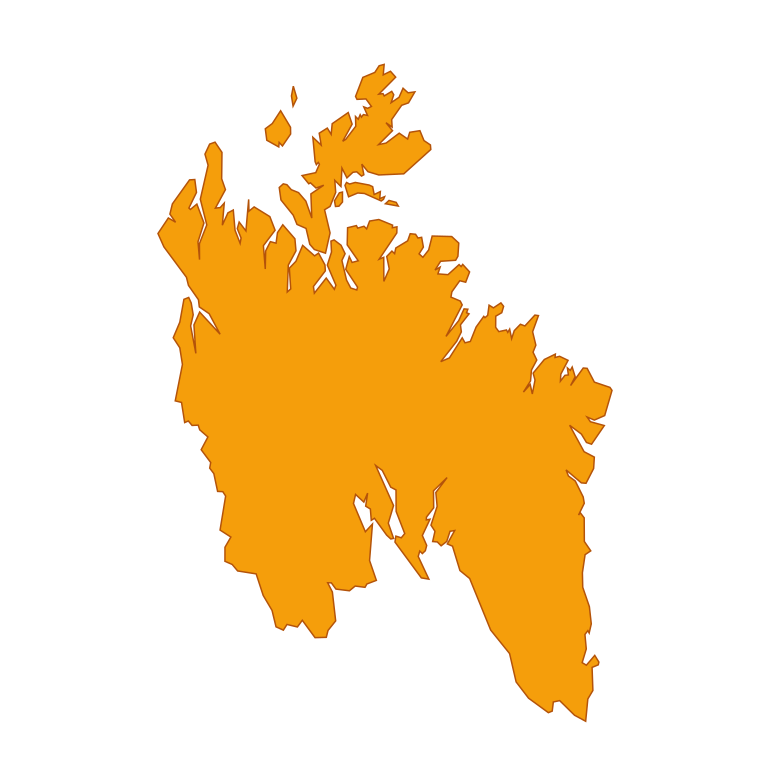 the border of Highland, rotated 95°
{"feature_id": "GBR-2745", "entity_name": "Highland", "entity_type": "Unitary District", "adm_level": 1, "iso_a3": "GBR", "parent_name": "United Kingdom", "parent_adm1": "", "projection": "natural_earth1", "projection_center": [-5.279, 57.587], "detail": "fine", "context": "isolated", "style": "filled", "palette": "amber", "viewbox_px": 768, "rotation_deg": 95, "n_neighbors": 0, "source": "natural_earth", "source_scale": "10m", "svg_char_len": 6158}
<svg xmlns="http://www.w3.org/2000/svg" viewBox="0 0 768 768"><g transform="rotate(95 384 384)"><path d="M317.1,590.7L314.8,586.1L320.1,583.1L331.7,580.1L343.0,581.7L369.9,574.1L341.7,578.5L328.4,573.9L348.7,551.6L329.2,564.3L323.3,574.7L316.2,576.2L302.8,587.4L294.9,590.1L266.6,615.2L253.8,622.3L237.4,613.3L241.0,605.7L233.4,612.1L223.0,610.5L197.6,595.5L196.8,590.3L209.5,587.5L225.7,593.7L227.0,592.1L221.1,586.1L239.3,577.4L258.5,581.7L276.2,578.6L260.3,580.1L241.0,574.4L215.9,583.1L181.4,578.3L170.6,582.4L160.2,578.6L157.8,573.4L167.4,565.6L193.7,563.6L204.2,558.9L223.5,567.3L222.5,562.5L217.7,558.9L239.9,558.9L227.1,554.4L223.8,549.3L243.8,545.8L256.4,539.6L251.0,539.1L242.0,543.7L235.3,542.4L243.5,534.9L211.9,534.9L223.6,533.6L218.9,528.8L227.2,512.3L240.3,505.9L256.7,516.2L279.8,512.3L261.8,513.5L252.1,509.6L253.1,503.8L242.5,503.3L234.2,498.7L247.1,485.4L259.0,483.3L273.9,489.7L300.8,488.4L297.4,485.2L276.9,488.4L269.4,482.4L253.0,477.1L262.4,464.3L259.3,460.6L270.5,453.2L276.4,452.3L293.0,462.8L299.6,461.3L283.5,450.8L294.0,441.7L289.8,440.5L270.5,450.8L257.1,447.8L246.3,449.3L244.8,446.3L249.5,438.9L257.6,434.1L264.6,436.7L283.7,430.4L291.3,425.5L292.7,419.3L289.8,418.8L273.1,432.1L260.1,429.7L265.7,426.4L263.5,420.4L248.6,432.8L231.5,433.9L228.6,425.3L231.0,423.8L228.6,417.7L231.0,414.8L222.9,412.5L220.6,403.5L225.0,389.3L227.6,389.3L226.3,384.8L232.4,384.4L260.1,399.7L257.8,395.3L281.8,393.1L268.9,388.8L256.7,392.4L250.9,387.7L253.2,384.8L247.5,384.1L239.3,372.9L232.0,371.0L232.1,365.6L235.6,362.9L234.6,359.3L244.2,356.7L251.3,360.4L254.4,356.3L246.6,351.2L232.4,348.9L231.2,329.4L237.1,321.8L250.3,321.5L254.5,323.4L256.8,338.3L266.0,343.1L262.7,338.3L269.6,339.9L269.5,329.8L258.5,319.6L260.3,317.4L258.0,316.0L264.9,308.5L275.5,311.5L274.5,317.5L286.2,324.4L291.6,324.9L294.7,315.3L298.4,313.0L331.2,326.4L314.4,315.1L302.2,310.8L302.2,307.0L305.8,308.0L306.7,305.4L318.4,313.0L325.3,311.5L335.1,315.3L356.8,329.4L352.3,321.1L331.2,310.1L335.9,306.9L334.1,301.7L319.2,297.2L307.9,290.5L309.1,289.2L306.6,286.7L296.3,286.2L298.6,281.6L293.0,274.6L296.2,271.6L302.7,272.9L306.7,278.6L317.8,277.7L321.8,274.2L319.5,266.7L321.8,265.2L318.4,263.6L327.7,260.8L319.5,258.9L312.6,253.3L313.9,248.7L302.2,239.7L302.4,236.1L319.0,240.5L332.1,236.1L339.3,238.3L346.8,233.9L357.2,238.3L368.2,238.3L379.9,244.4L371.7,238.3L381.0,235.4L366.9,233.9L360.2,236.4L345.6,226.4L339.3,215.9L342.7,215.9L341.1,211.5L344.4,202.7L358.8,208.7L365.8,208.5L359.6,204.5L358.9,201.1L352.0,202.7L354.2,199.6L350.7,198.0L360.1,194.2L369.3,198.0L350.7,186.9L350.7,183.0L363.8,174.6L367.7,158.6L370.5,156.3L396.2,161.4L401.6,171.3L399.2,178.8L403.6,175.1L406.2,160.9L425.9,172.0L424.6,177.2L416.7,183.0L408.9,195.5L434.0,178.8L438.5,168.1L449.9,167.8L465.3,174.1L465.3,178.8L453.7,195.1L459.5,192.3L464.0,185.0L479.2,175.7L485.4,174.1L497.6,178.8L495.2,177.2L499.9,172.9L523.4,170.7L532.2,163.5L536.5,168.8L554.7,169.9L569.2,168.3L587.9,160.0L604.9,156.6L614.2,157.9L611.9,159.4L616.0,162.0L630.3,159.4L644.3,162.3L646.5,157.9L636.0,150.4L642.3,145.7L645.1,146.1L648.2,152.0L671.1,149.2L680.0,153.5L702.4,153.7L697.4,165.3L684.1,181.4L686.0,187.6L695.2,187.9L697.1,191.6L684.4,212.6L669.3,226.4L641.6,235.4L619.8,256.3L570.3,281.7L563.2,292.1L539.6,301.6L537.8,307.0L523.8,300.8L525.0,305.4L535.4,307.8L540.2,313.0L536.7,317.1L536.7,321.8L526.3,320.4L520.5,324.9L501.3,320.4L487.6,322.9L471.7,313.0L486.1,325.4L503.0,323.7L512.9,330.1L515.7,330.0L514.7,326.4L531.6,332.6L541.1,327.4L546.5,328.3L549.6,331.0L547.3,333.8L552.8,334.9L574.5,322.3L573.9,329.9L540.5,359.3L534.5,358.9L535.7,353.4L531.2,350.3L509.9,360.8L488.5,362.8L486.2,368.3L470.2,378.2L465.9,385.2L504.3,363.9L522.2,367.6L537.0,361.0L537.8,363.7L534.3,368.2L518.6,381.8L520.9,384.8L509.7,386.7L507.3,391.6L494.1,390.8L503.4,393.8L496.5,402.7L505.7,404.0L532.8,389.7L524.5,383.3L561.1,383.0L580.3,374.5L584.7,383.6L588.2,385.2L587.8,395.1L593.0,400.4L592.5,414.0L586.7,419.1L586.9,422.8L595.7,417.3L624.2,411.5L634.4,418.3L641.4,419.4L642.7,430.6L626.5,444.8L633.6,449.1L632.0,459.7L638.0,462.8L635.3,470.4L619.3,475.8L605.2,485.9L584.3,494.8L583.0,513.5L577.0,519.5L574.5,527.0L560.5,528.2L549.8,523.2L543.8,534.6L509.4,532.0L505.3,535.2L505.5,540.4L488.1,545.7L483.0,550.3L477.3,549.8L465.4,560.4L452.1,554.8L445.7,563.6L441.2,565.5L442.0,571.6L437.9,575.7L439.8,579.2L420.0,584.1L419.0,590.5L382.1,586.5L365.7,590.6L356.3,598.0L340.2,592.8L317.1,590.7ZM102.8,435.7L100.0,437.4L80.4,431.8L74.4,420.3L67.4,416.6L65.6,411.7L76.1,411.7L71.9,404.8L77.3,399.1L95.7,414.4L94.8,410.3L97.0,408.9L91.8,401.8L95.0,399.5L103.1,401.4L97.1,394.0L87.7,390.8L91.8,385.4L90.3,378.7L101.8,384.1L104.8,390.7L119.9,399.4L127.4,398.3L123.5,404.8L130.9,397.6L146.0,410.3L143.8,402.9L132.8,390.7L137.9,381.8L131.0,380.3L128.5,370.3L138.0,365.4L141.8,358.6L146.3,357.8L172.9,382.6L176.2,407.4L173.9,418.5L166.9,425.3L177.3,422.3L178.8,424.5L175.0,429.7L175.8,433.4L181.9,438.9L172.6,444.7L191.0,444.1L185.4,450.8L197.3,448.8L211.8,453.2L215.6,458.4L238.2,450.9L258.8,453.7L256.1,465.1L251.3,470.1L235.8,475.2L232.6,484.6L223.8,489.1L209.6,502.7L197.4,505.5L193.4,501.8L193.9,498.1L198.5,493.3L200.8,485.8L208.6,477.8L225.0,470.4L201.0,473.4L191.2,461.3L194.7,468.8L190.0,474.8L191.1,476.4L183.5,483.8L179.4,470.4L170.7,467.5L169.0,468.8L171.4,470.5L168.5,472.0L144.4,476.4L151.5,467.4L139.8,470.4L134.0,462.8L139.9,458.4L129.2,458.3L116.7,443.3L127.9,438.4L145.8,446.3L143.6,443.4L129.7,434.6L120.0,435.7L122.5,432.7L117.8,431.2L120.1,429.7L117.4,428.0L117.9,423.8L109.7,428.3L110.8,424.3L108.6,420.7L101.6,426.8L102.8,435.7ZM143.1,498.8L155.7,505.9L152.5,509.5L157.0,509.5L151.4,522.0L140.1,524.5L134.3,518.0L120.8,510.8L136.4,499.5L143.1,498.8ZM187.8,435.7L185.7,430.2L187.1,416.1L188.4,412.5L196.1,410.3L192.6,404.4L199.7,404.4L197.3,399.7L200.1,400.6L201.9,402.7L195.9,420.1L196.0,426.8L200.6,435.6L189.5,440.2L186.5,438.9L187.8,435.7ZM205.8,449.3L197.4,445.1L196.4,442.1L206.3,441.2L210.8,444.4L211.4,447.8L205.8,449.3ZM95.2,500.3L106.9,495.7L115.1,498.8L105.1,501.3L95.2,500.3ZM204.3,398.3L200.7,395.0L202.0,387.7L205.5,385.3L204.3,398.3Z" fill="#f59e0b" stroke="#b45309" stroke-width="1.5"/></g></svg>